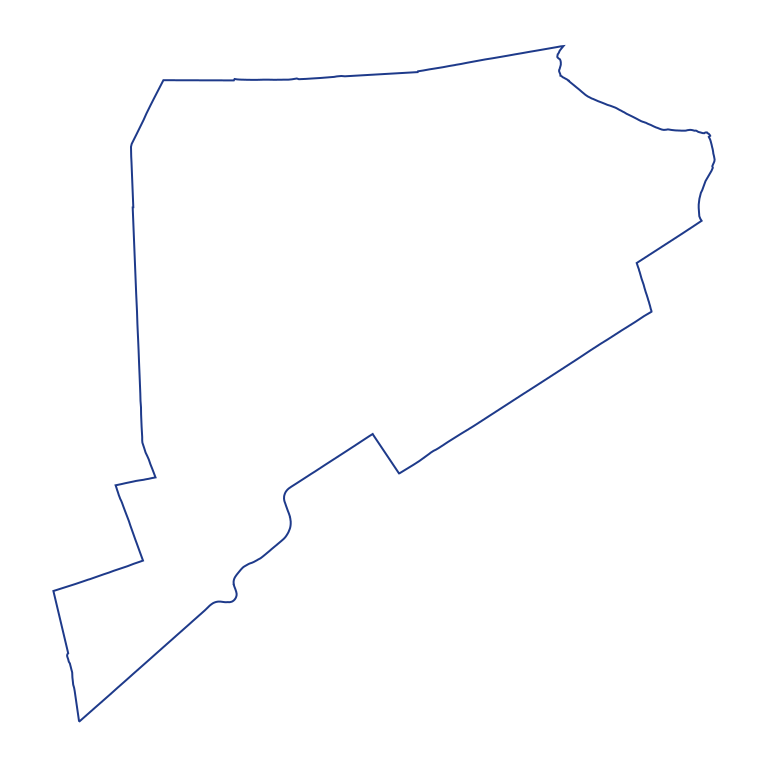 outline of Priseaca, Olt, Romania
{"feature_id": "2599482B1273612422996", "entity_name": "Priseaca", "entity_type": "district", "adm_level": 2, "iso_a3": "ROU", "parent_name": "Romania", "parent_adm1": "Olt", "projection": "albers", "projection_center": [24.461, 44.502], "detail": "fine", "context": "isolated", "style": "outline", "palette": "blue", "viewbox_px": 768, "rotation_deg": 0, "n_neighbors": 0, "source": "geoboundaries", "source_scale": "gbopen_adm2", "svg_char_len": 5928}
<svg xmlns="http://www.w3.org/2000/svg" viewBox="0 0 768 768"><path d="M53.4,591.0L68.2,653.3L67.9,653.6L67.4,654.2L67.2,654.9L67.1,655.9L67.4,657.0L68.2,659.3L68.8,661.7L69.9,663.5L70.2,664.8L70.8,667.1L71.4,669.5L72.0,671.7L72.2,672.6L72.4,677.4L72.8,680.9L73.2,684.7L74.1,687.8L74.7,691.1L79.1,721.6L79.0,721.8L95.0,707.7L97.4,705.6L105.6,698.4L111.6,693.1L117.6,687.7L126.8,679.6L133.5,673.6L146.2,662.4L162.4,648.0L177.4,634.7L183.4,629.4L186.1,627.0L189.5,624.0L192.6,621.2L198.7,615.8L204.8,610.4L208.5,606.8L209.6,605.7L210.6,604.9L211.5,604.2L212.1,603.8L213.0,603.2L214.0,602.7L215.3,602.2L216.4,601.9L218.1,601.6L219.5,601.6L220.4,601.6L222.7,601.9L225.1,602.2L226.4,602.2L227.7,602.1L229.3,602.2L230.1,602.1L231.0,601.9L231.7,601.7L232.4,601.4L233.0,601.0L233.8,600.4L234.6,599.6L234.8,599.2L235.0,599.1L235.4,598.5L236.0,597.3L236.2,596.7L236.4,596.1L236.5,595.6L236.6,595.1L236.6,594.1L236.6,593.6L236.4,592.7L236.2,591.7L235.3,589.0L234.4,586.7L234.2,586.1L234.0,585.5L234.0,585.1L233.8,584.1L233.6,584.1L233.6,583.9L233.7,583.5L233.6,582.5L233.6,581.7L233.7,581.1L233.8,580.3L234.1,579.2L234.4,578.4L234.8,577.6L235.3,576.7L235.8,576.0L236.7,574.7L238.4,572.6L240.8,569.7L241.8,568.6L242.9,567.5L243.6,566.9L244.1,566.6L245.1,566.0L248.6,564.0L250.0,563.4L250.9,563.1L252.1,562.7L253.9,561.9L257.2,560.1L257.8,559.7L259.5,558.8L260.1,558.5L261.0,557.9L262.3,556.9L263.8,555.7L269.7,550.8L271.6,549.1L273.3,547.7L281.2,541.1L283.8,538.8L285.2,537.3L286.3,535.8L287.5,533.9L288.4,532.3L289.1,530.6L289.7,529.1L290.1,527.9L290.4,526.5L290.6,525.1L290.7,523.8L290.7,522.5L290.7,521.4L290.5,520.2L290.3,518.6L290.1,517.6L289.9,517.1L290.0,516.9L289.7,515.9L288.9,513.5L287.8,510.7L286.0,505.7L285.3,503.6L284.6,501.7L284.4,501.0L284.2,500.0L284.1,499.1L284.0,498.3L284.1,497.4L284.1,496.6L284.2,495.9L284.5,494.8L284.9,493.6L285.1,493.1L285.9,491.6L286.6,490.7L287.1,490.1L287.5,489.6L288.0,489.2L288.7,488.5L289.3,488.1L291.3,486.7L296.5,483.4L304.7,478.1L311.0,474.0L315.0,471.5L324.6,465.2L347.2,450.6L369.2,436.2L372.7,434.0L373.4,435.2L398.8,473.1L399.0,473.4L399.5,473.3L413.6,464.7L419.5,460.9L429.7,453.5L430.5,452.8L433.6,450.8L435.9,449.7L438.6,448.1L448.2,441.8L453.3,438.6L460.0,434.4L460.3,434.2L473.1,426.4L489.8,415.6L524.1,393.4L524.3,393.3L542.7,381.5L578.2,358.5L591.0,350.0L600.6,343.8L608.2,339.1L621.7,330.4L635.0,322.1L644.2,316.0L651.2,311.9L651.5,311.7L651.4,310.8L650.7,308.7L650.3,307.0L650.0,305.8L649.3,303.5L649.0,302.2L648.3,300.2L647.8,298.4L647.2,296.5L646.7,294.9L645.7,292.0L645.0,289.6L644.5,288.0L644.2,286.8L643.6,284.6L642.3,280.8L641.6,278.8L640.8,276.0L639.7,272.1L639.1,270.4L638.9,269.3L638.0,266.9L636.7,263.0L683.6,232.7L701.6,220.8L700.3,218.7L699.3,216.2L698.7,207.9L698.7,204.6L699.4,198.8L700.9,192.8L702.2,190.2L705.5,181.1L711.5,170.8L712.8,167.8L712.3,166.2L713.3,163.8L713.7,163.0L714.4,161.2L714.6,159.5L714.0,156.2L713.3,153.4L713.2,152.3L713.0,151.0L712.6,148.9L712.2,147.4L711.9,146.1L711.6,144.7L711.2,143.2L710.9,142.0L710.4,140.3L710.0,139.2L708.8,136.9L710.2,135.8L709.9,135.2L709.3,134.4L708.5,133.6L707.5,133.2L707.1,132.5L706.0,132.4L704.9,132.7L704.3,133.2L702.7,133.1L701.6,132.8L700.3,132.4L699.3,132.2L698.1,131.8L697.0,131.1L696.0,130.6L694.4,130.7L693.1,130.3L691.7,130.0L690.7,129.9L689.7,129.9L687.4,130.2L685.9,130.6L684.5,130.7L683.0,130.7L681.8,130.7L680.6,130.6L675.5,130.4L672.7,130.1L671.1,129.9L668.8,129.5L667.8,129.4L666.3,129.7L664.2,129.9L663.5,129.9L662.7,129.7L662.0,129.6L661.1,129.3L659.7,128.8L657.5,127.9L656.2,127.5L653.5,126.3L650.9,125.0L648.1,123.9L645.7,122.7L644.6,122.4L643.7,122.0L642.8,121.8L642.3,121.6L641.8,121.4L641.0,121.1L640.3,120.7L638.7,119.9L638.0,119.5L637.1,119.0L633.6,117.2L631.8,116.3L627.7,114.3L626.6,113.8L624.2,112.3L622.5,111.5L621.4,110.8L620.1,110.2L618.8,109.5L616.7,108.3L615.9,107.9L615.0,107.5L610.2,105.7L607.5,104.9L604.9,103.8L601.9,102.6L599.0,101.5L598.4,101.3L593.2,99.0L591.5,98.4L590.5,97.8L588.1,96.6L587.7,96.4L587.0,95.9L585.5,94.9L583.6,93.3L581.9,91.9L579.4,89.7L576.3,87.2L569.7,81.8L568.4,80.7L568.6,80.5L567.9,80.1L566.9,79.4L565.0,78.4L563.6,77.6L562.7,77.2L562.3,76.8L561.7,76.3L561.2,76.0L560.8,75.8L560.4,75.7L560.4,74.7L560.1,73.8L559.7,72.8L559.2,71.6L559.1,70.8L559.2,69.8L559.7,68.8L559.9,67.9L560.2,66.9L560.5,65.9L560.8,64.7L560.8,64.0L560.8,62.2L560.5,60.7L560.0,59.4L558.7,58.5L557.5,57.4L557.3,56.8L557.4,56.1L557.7,54.3L558.4,53.5L559.1,52.1L559.5,51.1L560.3,49.9L561.9,47.9L563.4,46.1L560.5,46.4L556.8,47.1L553.4,47.7L537.9,50.4L529.6,51.8L521.8,53.2L515.3,54.3L508.1,55.6L499.4,57.1L492.4,58.3L485.4,59.4L472.3,61.8L466.9,62.8L460.9,64.0L456.0,64.8L454.7,65.1L449.8,65.9L443.0,67.2L434.9,68.5L429.2,69.4L423.2,70.5L418.0,71.3L417.7,72.1L344.9,76.3L341.3,76.0L336.8,76.4L334.1,76.9L332.7,77.0L320.1,78.0L311.9,78.5L305.7,78.9L298.9,79.2L296.8,78.5L292.0,79.3L288.0,79.7L282.5,79.7L274.3,79.8L269.7,79.7L262.4,79.7L255.7,79.9L247.4,79.8L240.0,79.6L237.2,79.4L234.6,79.0L233.8,80.4L163.4,80.2L154.0,98.4L150.6,105.1L146.4,113.6L143.6,119.9L136.6,134.1L131.7,143.9L131.0,146.8L131.2,156.4L131.5,162.4L133.3,207.3L132.7,207.4L136.2,294.3L137.0,311.4L137.4,323.7L137.7,330.6L138.1,339.1L138.6,350.6L139.1,364.0L139.6,375.9L140.3,393.5L140.5,400.8L141.0,407.4L141.1,414.5L141.6,426.6L142.2,437.1L142.2,440.4L142.4,442.7L144.1,447.8L145.6,452.6L147.2,455.9L148.8,459.5L150.4,464.2L152.2,468.7L153.7,472.6L155.5,477.4L152.3,478.0L148.7,478.8L145.8,479.3L143.5,479.8L140.0,480.3L136.2,480.9L133.5,481.5L125.3,483.2L121.4,484.1L115.6,485.3L116.2,487.0L117.2,490.2L117.9,492.2L118.9,495.4L119.4,496.6L120.2,498.8L121.2,500.8L122.1,503.0L123.5,506.9L125.3,511.7L127.1,516.4L128.9,521.1L130.3,525.4L133.5,534.4L135.3,539.5L136.6,543.0L140.0,552.4L141.4,556.2L143.0,560.6L139.6,561.8L133.7,563.8L127.5,566.2L118.8,569.1L113.7,570.8L108.9,572.6L103.7,574.3L89.8,579.2L88.3,579.6L86.0,580.4L82.5,581.6L75.4,584.0L53.4,591.0Z" fill="none" stroke="#1e3a8a" stroke-width="2"/></svg>